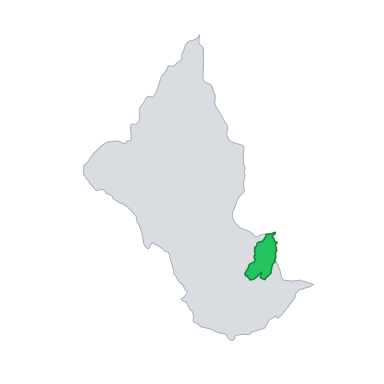 Central African Republic, with Lobaye highlighted, rotated 260°
{"feature_id": "CAF-795", "entity_name": "Lobaye", "entity_type": "Prefecture", "adm_level": 1, "iso_a3": "CAF", "parent_name": "Central African Republic", "parent_adm1": "", "projection": "albers", "projection_center": [17.683, 4.256], "detail": "fine", "context": "in_parent", "style": "filled", "palette": "green", "viewbox_px": 384, "rotation_deg": 260, "n_neighbors": 0, "source": "natural_earth", "source_scale": "10m", "svg_char_len": 6492}
<svg xmlns="http://www.w3.org/2000/svg" viewBox="0 0 384 384"><g transform="rotate(260 192 192)"><path d="M265.3,142.6L268.7,143.5L269.4,144.6L268.4,148.1L269.1,150.2L271.1,152.1L273.1,152.8L275.0,153.3L281.6,154.3L284.4,155.6L288.0,159.6L292.6,163.3L293.7,165.3L293.5,167.1L292.2,169.3L292.4,170.2L294.5,172.3L297.0,174.5L301.4,177.0L309.0,180.8L312.5,183.3L313.7,185.3L315.7,187.4L318.4,189.3L320.3,190.8L319.1,195.1L319.5,196.5L320.2,197.7L321.8,199.4L322.4,201.5L324.0,204.2L325.9,205.4L329.1,205.8L330.7,207.1L334.2,209.2L337.6,211.0L339.0,212.3L339.9,213.4L340.7,214.7L341.1,216.0L341.2,218.9L341.8,222.5L343.6,224.9L345.3,226.7L338.5,224.7L337.4,224.7L336.2,225.1L332.7,227.7L331.6,228.0L327.1,227.5L316.2,225.6L307.8,223.7L305.3,223.1L300.9,222.4L297.9,223.8L295.2,228.4L294.4,229.3L290.1,230.7L288.0,230.4L283.0,231.7L275.2,229.8L272.4,230.2L270.3,231.2L264.7,233.3L261.3,234.6L257.4,235.7L253.7,237.3L251.1,238.3L248.7,238.3L246.4,237.4L244.0,236.6L241.1,236.4L238.1,236.9L235.5,238.8L234.5,240.1L232.3,243.6L229.6,249.2L228.6,250.4L227.7,251.0L215.5,248.2L210.3,247.6L206.7,248.5L202.3,246.9L200.3,246.7L199.4,247.2L197.0,246.5L192.9,244.5L189.1,243.8L185.6,244.0L183.5,243.4L181.8,241.5L179.6,238.1L175.6,234.7L170.3,232.0L167.0,230.0L165.7,228.6L162.8,227.8L158.5,227.7L154.3,229.1L148.3,233.3L142.7,242.1L139.6,245.4L137.0,246.3L136.4,248.4L137.7,251.7L138.0,255.6L137.1,262.1L137.5,266.9L136.1,266.1L134.8,263.9L134.2,263.5L130.5,264.5L128.6,265.4L127.6,266.3L126.8,266.4L125.6,265.2L124.7,265.0L123.2,265.2L121.8,265.2L120.8,265.0L120.2,265.1L118.4,264.4L112.0,262.5L111.0,261.9L109.7,262.0L106.4,263.6L104.6,264.0L99.4,265.0L93.7,265.5L91.6,265.5L90.1,266.2L89.1,267.2L87.4,273.3L86.9,274.3L87.0,275.8L86.5,280.7L86.7,282.2L79.9,295.5L78.8,293.3L78.1,290.7L77.8,287.7L78.0,286.9L77.5,286.0L77.0,283.6L77.5,282.0L77.1,280.4L75.8,278.8L74.6,277.5L73.9,276.4L73.3,275.9L72.0,275.8L70.3,275.2L62.8,267.3L55.0,258.5L53.4,255.7L52.8,254.0L54.7,253.8L55.2,253.5L55.2,252.8L54.0,250.5L53.5,247.7L52.5,245.9L49.5,243.2L46.6,241.1L45.6,240.1L45.1,238.6L44.0,229.1L43.6,226.4L42.6,225.2L42.0,224.7L41.7,224.0L41.9,222.3L42.2,220.8L42.2,220.2L43.0,218.9L43.1,210.1L42.1,208.9L40.4,208.9L39.5,207.6L38.7,206.0L38.9,204.8L40.6,203.1L41.7,202.4L45.0,201.0L46.0,200.3L46.6,199.4L47.0,198.2L48.9,193.7L51.8,189.3L53.0,188.3L55.9,181.7L56.6,180.0L57.1,178.3L58.0,177.0L61.2,174.8L63.6,170.8L66.1,171.1L68.8,171.7L72.2,172.0L74.8,171.3L76.5,169.7L84.8,167.1L85.4,165.0L86.7,163.9L88.2,162.9L88.7,162.8L88.8,163.5L89.7,165.7L91.6,167.9L94.3,170.3L95.1,170.1L96.8,168.3L101.1,167.2L102.2,166.7L105.2,164.1L108.9,162.4L111.0,161.8L114.7,160.0L117.3,160.2L121.5,160.0L128.6,159.1L133.7,158.9L136.2,158.5L136.9,158.2L137.9,155.6L138.6,154.9L140.6,153.8L144.3,150.0L146.7,146.8L147.5,145.6L148.0,145.4L149.0,144.1L148.0,142.7L143.8,139.8L143.9,139.4L143.6,138.9L143.8,138.5L145.4,137.4L147.6,136.0L149.9,135.5L155.9,135.6L161.0,135.3L162.2,135.4L166.2,134.7L168.9,134.1L171.7,132.7L178.0,132.8L183.3,129.3L184.8,128.7L185.5,128.1L185.7,127.6L188.1,126.2L190.9,123.3L193.1,120.7L193.7,118.9L199.6,112.7L201.7,112.8L202.7,112.1L205.1,107.9L205.8,107.2L208.3,106.5L209.4,105.2L210.4,103.4L210.4,101.2L209.9,99.4L209.9,98.5L210.5,97.7L211.5,96.9L216.0,94.7L217.1,93.6L217.8,92.6L219.1,92.4L220.5,92.5L221.3,91.9L222.3,90.9L225.5,89.5L228.4,88.5L231.4,88.9L237.0,90.2L238.6,93.1L239.4,94.2L246.3,101.0L247.7,102.7L251.1,107.7L253.2,111.1L255.6,116.0L255.9,118.6L255.6,120.9L255.2,127.4L254.5,129.2L251.6,132.7L251.4,134.3L252.1,135.6L253.0,136.1L253.6,136.8L253.2,139.8L254.3,141.0L256.6,141.7L262.3,142.2L265.3,142.6Z" fill="#d9dde1" stroke="#a8b0b8" stroke-width="1"/><path d="M137.5,257.7L137.5,258.5L137.0,261.4L137.8,266.9L136.8,266.9L136.5,266.6L136.1,265.7L135.2,264.2L134.8,263.7L134.2,263.2L133.9,263.3L133.6,263.6L133.2,264.0L132.6,264.1L132.3,264.1L132.2,264.2L132.1,264.5L131.8,264.6L131.6,264.5L131.4,264.4L129.5,264.6L129.3,264.6L129.1,264.5L128.9,264.6L128.7,264.9L128.6,265.6L128.5,265.9L128.2,266.3L127.8,266.7L127.3,266.9L126.8,266.9L126.5,266.5L126.2,265.6L125.8,265.1L124.9,264.9L124.1,264.9L123.3,265.1L122.6,265.5L122.3,265.5L122.0,265.4L121.2,264.9L120.9,264.9L120.0,265.4L119.6,265.5L119.3,265.4L119.1,265.1L119.0,264.6L118.8,264.2L118.5,263.8L118.1,263.6L117.9,263.6L117.4,263.7L117.2,263.7L116.8,263.3L116.7,263.2L116.5,263.3L116.2,263.4L114.2,263.4L113.2,263.2L112.3,262.9L111.5,262.1L111.4,262.1L111.0,262.0L110.9,261.9L110.8,261.6L110.7,261.5L110.2,261.4L109.8,261.6L109.4,261.9L109.1,262.0L107.3,259.2L107.1,259.1L106.9,259.0L105.7,258.4L104.8,257.8L104.5,257.7L103.7,257.5L103.2,257.2L102.9,257.1L102.2,257.0L101.4,256.8L100.1,255.9L99.9,255.9L99.7,255.9L98.8,255.8L98.6,255.7L97.8,255.1L97.7,255.0L97.6,254.8L96.9,253.5L95.4,251.3L95.4,251.1L93.7,249.1L93.1,248.7L94.2,246.5L94.8,245.7L95.1,245.4L95.7,244.7L96.0,244.5L96.2,244.4L96.4,244.4L96.7,244.4L97.0,244.5L98.4,245.4L98.6,245.6L98.7,245.8L99.1,246.2L99.3,246.3L100.5,246.5L100.7,246.4L100.9,246.3L101.0,245.9L100.4,245.7L99.8,245.1L99.7,244.9L99.5,244.1L99.3,243.6L99.0,243.1L98.5,242.7L98.0,242.5L97.8,242.3L95.9,238.8L95.7,238.4L95.4,237.5L95.3,237.0L95.3,233.9L95.5,233.7L96.1,233.6L97.0,233.2L98.8,232.0L99.1,231.8L99.3,231.7L99.5,231.7L99.8,231.6L100.0,231.5L100.1,231.3L100.2,231.1L100.3,230.9L100.2,230.2L102.2,229.9L102.4,230.0L102.7,230.1L102.9,230.3L103.1,230.7L103.4,230.9L104.5,231.5L104.8,231.7L105.3,232.3L105.9,232.8L106.9,233.8L107.9,234.4L109.8,235.3L110.1,235.5L110.3,235.7L111.1,236.7L111.4,237.3L112.1,240.5L112.3,240.8L112.5,241.2L113.2,241.9L113.5,242.1L114.2,242.3L114.5,242.4L114.8,242.4L115.0,242.2L115.3,242.0L116.4,242.0L116.7,242.0L116.9,241.9L117.2,241.8L117.4,241.8L118.6,242.3L118.8,242.6L118.9,242.9L119.0,243.2L119.2,243.4L119.3,243.4L119.6,243.4L119.9,243.5L120.4,243.7L120.7,243.7L120.9,243.6L121.0,243.5L121.1,243.4L121.4,243.2L121.5,243.2L121.8,243.2L122.3,243.3L122.9,243.5L123.1,243.5L123.4,243.5L123.7,243.6L124.0,243.7L124.2,243.9L124.5,244.0L124.8,244.0L125.2,243.8L125.6,243.8L126.1,243.9L126.5,244.2L126.8,244.6L127.5,246.0L127.8,246.4L128.2,246.6L128.4,246.7L129.1,246.8L129.7,246.9L130.0,247.1L130.2,247.3L131.1,249.2L131.1,249.4L131.0,249.9L131.1,250.2L131.2,250.9L131.2,251.2L131.2,251.5L131.0,252.1L131.1,252.5L131.3,252.9L132.3,254.0L132.5,254.3L132.6,254.5L133.0,254.9L133.3,255.1L133.7,255.3L133.9,255.4L134.1,255.6L134.2,255.9L134.6,256.4L134.8,256.6L135.0,256.7L135.6,256.9L137.5,257.7L137.5,257.7Z" fill="#22c55e" stroke="#15803d" stroke-width="1.5"/></g></svg>